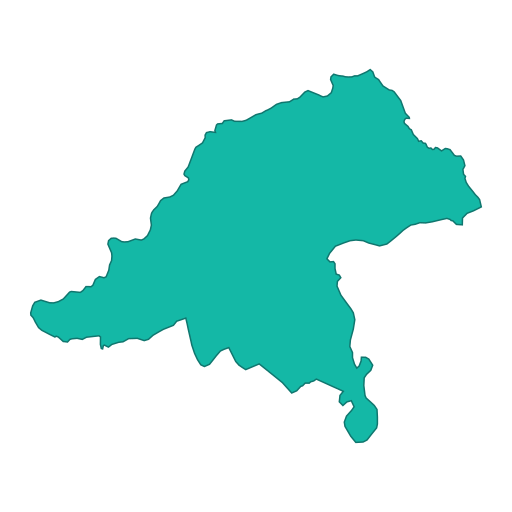 Tshela, Bas-Congo, Democratic Republic of the Congo
{"feature_id": "63176286B47015384768636", "entity_name": "Tshela", "entity_type": "district", "adm_level": 2, "iso_a3": "COD", "parent_name": "Democratic Republic of the Congo", "parent_adm1": "Bas-Congo", "projection": "robinson", "projection_center": [12.976, -4.984], "detail": "fine", "context": "isolated", "style": "filled", "palette": "teal", "viewbox_px": 512, "rotation_deg": 0, "n_neighbors": 0, "source": "geoboundaries", "source_scale": "gbopen_adm2", "svg_char_len": 5264}
<svg xmlns="http://www.w3.org/2000/svg" viewBox="0 0 512 512"><path d="M367.0,440.0L371.6,434.1L376.6,427.9L377.4,424.0L377.4,417.2L377.0,409.5L374.3,405.5L370.0,401.5L366.1,398.0L365.0,395.4L363.8,385.5L364.2,377.8L366.5,374.4L370.8,370.3L372.7,365.2L368.8,359.1L365.7,357.3L361.4,357.2L361.1,361.0L359.1,366.1L356.8,368.1L354.5,364.2L352.5,357.7L352.5,352.6L349.8,346.5L350.4,339.9L353.3,329.1L354.8,319.7L353.3,312.8L350.9,308.8L347.1,303.7L340.9,295.2L337.0,286.1L337.4,281.4L340.8,277.7L339.3,275.1L336.2,274.1L335.0,268.5L335.0,263.8L333.5,261.6L330.0,261.9L326.9,258.8L329.6,253.3L335.4,246.2L343.5,243.0L350.1,240.7L355.9,240.0L363.3,240.7L368.7,243.0L376.0,244.9L379.5,245.9L386.9,244.0L391.1,240.7L396.2,236.5L400.0,233.2L403.1,230.3L406.3,228.0L407.8,227.0L410.9,225.0L415.1,224.3L419.8,222.7L425.6,222.9L432.2,221.8L441.8,219.5L446.9,218.4L450.0,219.4L450.6,219.9L451.1,220.5L452.8,220.8L456.4,224.4L459.0,224.6L462.3,224.8L462.5,218.0L467.1,213.3L473.5,210.8L481.3,206.9L479.6,199.6L477.9,197.3L475.3,194.7L473.1,191.8L470.9,189.1L468.4,186.0L466.2,182.4L465.2,179.2L464.9,178.5L465.1,177.7L465.5,176.4L464.1,174.9L463.6,174.4L463.1,170.9L462.9,169.4L463.7,168.0L464.3,166.8L464.9,165.7L463.5,160.0L461.8,157.5L460.7,156.0L456.5,156.2L454.4,155.4L450.0,149.6L449.5,149.5L447.5,148.8L446.2,148.6L445.3,148.5L441.5,150.9L437.5,147.9L435.5,147.5L433.9,149.4L433.4,149.4L432.4,149.5L430.9,148.0L429.0,148.3L427.3,147.2L426.4,145.2L426.1,144.3L425.3,143.3L423.2,143.1L421.2,140.8L418.7,141.3L418.3,140.5L417.4,138.6L414.8,136.0L413.3,134.5L411.3,129.8L409.5,128.8L408.6,127.4L408.0,126.4L406.7,125.3L406.0,124.7L404.5,123.4L404.1,122.2L404.0,121.7L404.2,120.9L404.8,119.3L405.5,118.8L406.2,118.2L409.4,118.4L409.3,117.6L409.2,117.3L406.7,114.7L405.3,113.2L400.7,100.5L400.0,99.6L399.0,98.3L395.1,93.1L394.1,91.8L393.4,91.3L392.0,90.4L389.3,90.0L387.9,89.1L383.0,86.0L382.0,84.6L381.3,83.6L379.5,81.0L378.6,79.6L376.0,78.0L374.7,77.1L374.4,76.4L372.8,71.9L371.1,70.4L370.2,69.6L366.8,71.8L363.6,73.3L360.4,74.7L357.6,75.9L354.5,75.9L351.9,76.9L348.4,77.0L345.4,76.8L342.9,76.1L340.7,75.9L339.0,75.7L337.2,75.3L335.3,74.7L333.7,74.2L331.0,76.9L330.6,79.5L331.2,80.9L333.2,85.5L332.8,88.1L331.3,92.7L330.5,93.4L327.4,96.0L323.2,96.9L322.8,96.8L320.6,95.9L318.9,95.0L310.2,91.5L308.0,90.6L304.8,92.1L299.9,97.2L297.4,98.8L294.4,99.1L293.7,99.1L293.5,99.3L289.5,101.8L281.6,102.6L277.5,104.0L277.1,104.1L276.9,104.2L276.4,104.4L274.0,106.1L271.2,108.1L270.8,108.3L269.7,108.9L267.4,110.1L266.0,110.6L261.7,113.2L258.8,113.9L255.9,114.7L249.7,118.3L246.5,120.1L245.4,120.5L242.1,121.4L234.6,121.3L231.5,119.9L224.2,120.8L223.5,121.8L222.3,123.5L220.7,123.6L219.8,123.7L217.7,123.9L217.1,124.4L216.5,125.0L214.9,130.5L215.5,132.4L213.6,132.2L210.1,131.7L207.8,132.3L206.5,132.6L205.1,135.1L205.2,137.7L202.5,142.9L198.7,145.5L197.9,146.0L196.0,147.2L195.5,148.0L194.9,149.1L193.0,154.1L191.6,157.9L188.9,165.1L188.1,167.1L184.8,171.1L184.0,174.1L184.8,175.6L188.4,177.9L188.6,178.9L188.8,179.7L188.1,181.0L187.8,181.7L186.2,182.3L182.1,183.9L181.8,184.0L181.1,184.3L180.1,186.0L177.2,191.0L175.3,193.1L173.5,195.2L169.9,197.0L167.6,197.4L163.9,198.0L160.6,200.6L158.9,203.7L157.3,206.4L156.4,207.3L153.8,209.8L152.4,211.8L151.7,213.0L151.4,213.9L150.5,218.1L150.9,221.4L151.4,225.1L150.4,229.7L150.2,230.3L149.5,231.6L147.5,235.6L143.7,239.1L142.9,239.4L141.3,240.1L135.3,239.0L128.1,241.7L124.0,242.0L123.7,241.9L121.6,241.6L116.0,238.3L113.7,238.1L111.7,238.3L111.2,238.3L109.3,240.0L108.6,240.6L107.9,244.1L109.2,247.2L111.6,252.8L111.9,255.7L111.9,256.8L111.7,258.9L111.6,260.5L109.6,264.9L108.8,270.2L106.8,275.2L106.1,276.8L105.9,276.9L103.9,277.8L103.1,277.5L99.4,276.6L95.4,279.4L92.9,285.2L91.1,286.7L89.6,286.7L89.0,286.6L86.0,286.6L83.0,290.5L80.9,292.0L80.3,292.4L71.3,291.5L69.6,292.1L63.3,299.0L60.1,300.7L58.5,301.6L53.7,302.9L49.7,302.8L40.9,300.1L34.8,302.3L32.7,305.8L30.7,312.9L30.9,315.2L33.1,317.6L34.1,319.5L35.3,322.0L36.6,324.2L38.6,327.6L41.8,330.3L45.1,332.0L48.9,334.0L51.3,335.2L54.9,337.0L55.6,336.6L55.8,336.4L56.2,336.2L57.3,336.6L58.3,337.0L62.6,340.9L63.2,341.5L64.4,341.6L67.5,342.0L69.9,339.4L71.9,338.8L77.1,338.3L82.3,339.4L86.5,337.2L99.0,335.8L100.5,336.9L100.4,344.4L101.3,348.5L102.6,348.9L103.1,346.7L103.4,345.5L104.4,345.1L108.4,347.1L110.1,345.8L111.9,344.4L117.7,342.6L118.6,342.3L120.1,342.1L123.0,341.8L128.7,338.6L132.8,338.5L137.3,338.3L144.2,340.6L148.5,339.3L149.3,338.6L153.1,335.2L158.9,331.8L163.4,329.3L164.9,328.7L165.9,328.3L171.2,326.2L173.4,325.3L175.1,323.2L176.7,321.2L182.6,319.2L185.8,318.1L187.1,323.6L188.2,328.9L191.2,342.1L191.8,345.0L194.6,353.4L197.5,359.6L200.8,364.8L204.4,366.5L209.5,364.3L212.8,360.2L216.4,355.6L220.4,351.0L224.0,349.3L228.8,347.6L231.4,352.8L235.8,361.6L237.8,363.8L238.9,365.1L240.4,366.1L242.1,367.3L245.7,369.6L259.2,363.9L275.5,377.0L282.4,382.6L291.7,393.0L296.7,390.8L299.9,387.3L300.8,386.3L301.3,386.2L302.6,385.8L304.2,384.1L305.2,383.1L308.9,383.1L309.3,383.1L310.6,381.8L312.2,381.4L313.8,380.9L316.0,379.3L316.4,379.1L343.3,391.3L340.0,395.4L339.3,401.8L342.9,405.5L346.9,401.9L351.3,400.7L354.1,406.8L351.6,410.4L346.5,416.1L344.3,422.1L345.0,426.4L350.8,436.3L355.8,442.4L363.1,442.0L367.0,440.0Z" fill="#14b8a6" stroke="#0f766e" stroke-width="1.5"/></svg>